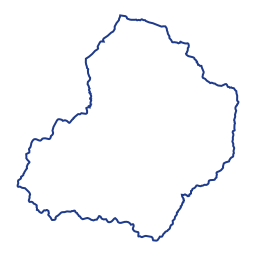 outline of Kapong, Phangnga, Thailand
{"feature_id": "78962969B49834487361674", "entity_name": "Kapong", "entity_type": "district", "adm_level": 2, "iso_a3": "THA", "parent_name": "Thailand", "parent_adm1": "Phangnga", "projection": "mercator", "projection_center": [98.457, 8.749], "detail": "fine", "context": "isolated", "style": "outline", "palette": "blue", "viewbox_px": 256, "rotation_deg": 0, "n_neighbors": 0, "source": "geoboundaries", "source_scale": "gbopen_adm2", "svg_char_len": 5752}
<svg xmlns="http://www.w3.org/2000/svg" viewBox="0 0 256 256"><path d="M189.3,195.7L189.2,195.0L189.3,194.6L191.0,193.5L191.0,191.0L192.0,190.5L192.3,189.3L192.7,188.8L194.5,188.0L195.6,186.9L196.4,185.6L197.2,185.4L199.3,186.0L200.8,186.2L201.6,185.7L202.7,185.7L204.4,184.8L206.4,184.9L207.5,184.4L208.5,183.4L208.8,181.1L209.3,180.5L210.6,180.1L214.0,179.9L214.7,179.6L215.5,178.3L216.5,177.5L216.5,176.0L216.9,174.6L216.5,173.2L216.6,172.6L217.1,172.1L219.3,171.2L221.0,170.2L222.8,168.2L223.1,167.5L223.0,166.4L223.8,163.4L225.6,162.4L229.0,161.4L229.6,159.7L230.5,158.4L231.4,157.5L232.7,156.9L233.2,156.2L233.3,154.1L233.9,153.1L233.5,151.1L234.2,148.2L234.1,147.6L233.2,146.0L233.3,143.8L232.4,141.6L232.9,139.4L232.8,137.5L233.4,135.1L233.3,133.9L232.7,132.6L232.7,131.9L233.0,131.1L234.5,130.5L234.7,130.1L234.4,128.8L234.4,126.9L234.5,124.7L235.0,123.2L234.5,122.1L234.6,121.3L234.1,120.1L235.2,116.7L235.0,114.7L236.2,110.7L235.5,109.1L235.4,107.9L235.9,106.3L236.9,105.5L237.1,104.4L237.9,103.7L238.4,102.3L238.4,101.9L237.4,100.9L237.1,100.2L237.2,95.7L236.5,93.4L236.3,91.1L235.4,90.4L233.8,88.2L232.0,87.9L231.3,87.4L229.8,87.7L229.3,87.1L227.8,86.8L226.9,84.8L226.2,84.1L225.3,84.1L221.5,85.9L218.1,85.5L216.1,84.5L214.8,83.5L213.8,83.5L211.8,82.7L210.2,83.1L209.7,82.5L206.8,80.7L205.2,78.9L202.9,77.8L202.5,76.8L202.8,75.6L202.8,74.9L203.6,72.9L203.7,72.0L201.9,67.7L201.4,65.9L199.8,65.8L199.2,65.1L198.0,64.8L197.8,63.5L196.7,62.3L197.0,61.5L196.2,60.8L195.8,60.0L194.6,59.2L194.4,58.3L193.9,57.7L192.8,57.2L188.3,56.1L186.6,54.9L186.1,54.1L186.0,53.6L186.9,52.7L187.0,51.7L187.6,50.9L187.8,49.7L187.8,48.1L188.6,47.2L188.8,45.4L188.3,43.7L187.6,43.3L186.0,43.5L184.6,43.3L181.4,42.3L180.7,41.7L180.3,41.8L180.2,42.6L178.4,43.3L177.1,42.6L174.5,42.2L172.8,42.3L172.2,42.1L171.2,40.1L169.4,38.0L169.4,36.3L167.9,33.8L167.6,32.1L167.0,30.6L166.7,28.4L165.4,26.4L163.2,26.3L161.8,26.6L161.2,26.5L152.8,23.2L149.2,22.4L145.8,21.0L145.1,20.2L143.3,20.1L141.9,19.3L141.4,19.4L140.2,20.3L138.8,19.9L137.1,20.3L136.1,19.6L135.2,19.8L131.3,19.8L130.0,19.6L127.4,18.7L127.0,18.3L126.8,17.3L125.6,16.2L120.2,15.4L119.9,17.1L119.1,18.7L118.9,20.2L116.6,23.0L114.7,26.5L114.7,29.1L113.2,31.5L111.1,32.7L107.7,35.8L103.7,38.5L103.1,39.6L103.1,40.0L103.7,41.6L101.2,41.4L100.5,41.7L99.9,42.4L97.7,46.5L97.7,47.0L98.1,48.3L97.8,49.0L96.9,49.7L95.1,50.8L92.2,54.0L89.0,56.7L85.9,58.7L85.8,62.4L86.2,64.7L86.7,66.0L87.1,68.1L88.1,69.0L88.2,69.5L87.9,70.3L88.1,73.3L89.3,76.6L90.1,77.7L90.1,78.9L89.6,80.2L87.9,81.9L87.6,84.2L88.8,86.3L88.9,87.2L89.6,88.6L89.0,89.4L89.2,89.9L89.1,90.6L89.7,91.3L89.9,91.7L89.8,92.4L89.4,92.7L89.8,93.3L90.2,93.2L90.5,93.4L90.4,93.8L90.7,93.9L90.7,94.9L91.2,96.0L91.1,97.0L90.1,98.3L90.2,98.9L90.8,99.0L90.6,99.3L91.0,99.6L90.9,99.9L91.2,100.4L90.5,102.4L90.6,104.3L90.9,104.4L90.3,105.2L90.7,105.3L90.7,105.6L90.2,106.3L89.1,106.2L89.5,107.4L88.0,107.2L86.3,108.1L87.1,110.8L87.1,112.4L86.9,113.2L86.2,113.7L85.5,113.8L81.4,113.2L79.9,114.3L78.5,114.1L78.0,114.2L74.4,117.2L74.2,117.8L73.5,118.0L73.0,119.1L72.3,119.5L70.0,122.4L69.5,122.8L68.9,122.7L67.0,121.0L65.6,120.4L64.8,120.3L62.8,120.8L61.8,119.8L59.9,119.3L58.9,119.2L58.0,119.4L57.0,120.4L53.5,126.9L52.5,130.6L53.1,132.7L53.0,133.8L52.3,134.9L50.9,136.1L50.6,137.7L49.8,138.8L49.0,139.1L45.3,138.3L43.4,138.4L42.4,138.7L41.1,140.2L40.3,140.6L39.2,140.5L36.4,139.3L35.1,139.1L34.1,139.3L33.1,140.1L32.1,141.5L31.3,143.2L31.1,144.6L30.5,147.0L29.1,148.8L29.0,149.7L29.4,150.5L29.3,152.5L26.2,154.1L26.4,156.7L26.3,158.2L27.2,159.6L29.4,161.9L29.4,162.5L27.8,164.2L26.8,166.6L27.0,168.5L26.2,169.3L24.4,172.2L24.1,173.1L23.5,173.8L23.3,175.1L21.8,176.4L21.1,176.7L21.0,178.0L20.6,178.8L18.6,180.1L18.2,180.4L18.0,181.6L18.3,183.1L17.7,185.0L17.6,186.0L17.9,186.6L18.3,186.8L19.9,186.6L22.1,187.8L25.0,188.2L28.9,192.0L29.7,193.2L30.1,194.4L29.5,196.3L29.6,197.8L28.8,200.3L28.9,200.9L29.5,201.9L31.5,201.8L32.2,202.0L33.0,202.6L33.7,203.6L34.7,203.9L36.6,205.2L36.8,206.0L36.5,207.0L37.0,208.2L36.9,209.9L38.3,210.2L38.8,211.1L39.4,211.8L40.6,212.6L41.3,212.9L42.2,212.5L43.6,210.8L44.2,210.3L45.6,210.5L46.5,210.0L47.0,210.0L48.4,210.9L48.9,213.3L48.3,214.5L48.3,214.9L50.7,217.6L51.5,219.3L52.1,220.0L54.2,219.9L55.2,219.5L55.7,218.7L55.5,217.7L56.4,216.4L57.5,215.9L59.4,214.3L60.9,212.8L61.6,212.4L62.3,212.2L64.6,212.1L67.0,211.4L70.7,211.7L71.7,211.1L73.2,211.0L74.1,210.6L74.9,210.8L75.6,212.3L77.0,213.0L77.4,214.0L78.3,214.8L78.8,215.9L80.0,216.5L81.0,218.0L81.8,218.7L82.8,219.2L86.3,218.2L87.6,218.0L89.5,218.7L91.2,219.8L93.6,220.4L94.9,219.8L96.9,219.6L97.6,218.3L98.4,217.6L98.8,216.3L99.5,216.1L100.6,216.7L101.5,218.3L102.0,218.8L103.6,219.4L106.1,219.2L107.7,221.6L108.4,222.1L109.5,222.2L110.8,221.9L112.1,221.0L114.2,218.7L114.8,218.3L115.3,218.2L117.1,220.1L118.1,222.1L119.4,222.8L120.9,222.9L124.6,221.9L126.5,221.8L128.1,222.1L128.8,222.5L130.0,223.4L130.9,224.7L132.9,224.2L133.2,224.3L133.5,224.8L133.7,226.0L132.9,228.3L132.9,229.2L133.9,230.7L135.0,231.4L138.2,232.2L138.5,233.0L138.3,236.0L138.5,236.4L140.1,236.3L141.3,237.0L142.0,237.1L144.7,236.1L145.9,235.9L151.6,236.9L152.6,238.0L152.9,239.7L153.2,240.3L155.7,240.6L156.6,240.6L157.5,240.2L159.2,237.9L159.8,236.7L161.6,236.7L162.2,236.4L163.6,233.7L164.5,233.1L164.7,232.6L165.5,231.7L167.4,230.9L167.9,230.1L169.4,229.0L169.8,228.4L170.5,226.0L171.3,224.9L172.3,224.5L172.7,224.1L172.9,223.2L172.7,220.8L174.6,219.1L175.1,216.7L176.8,214.6L176.9,212.4L178.0,211.8L178.2,210.7L179.3,209.6L180.8,207.5L180.9,207.1L180.7,206.3L181.7,205.5L182.5,202.9L183.3,202.4L183.2,201.6L184.0,200.7L184.0,200.2L183.5,199.7L183.6,198.8L182.2,196.5L181.9,194.8L183.6,195.0L185.0,194.4L187.1,195.5L187.5,196.1L188.6,196.1L189.3,195.7Z" fill="none" stroke="#1e3a8a" stroke-width="2"/></svg>